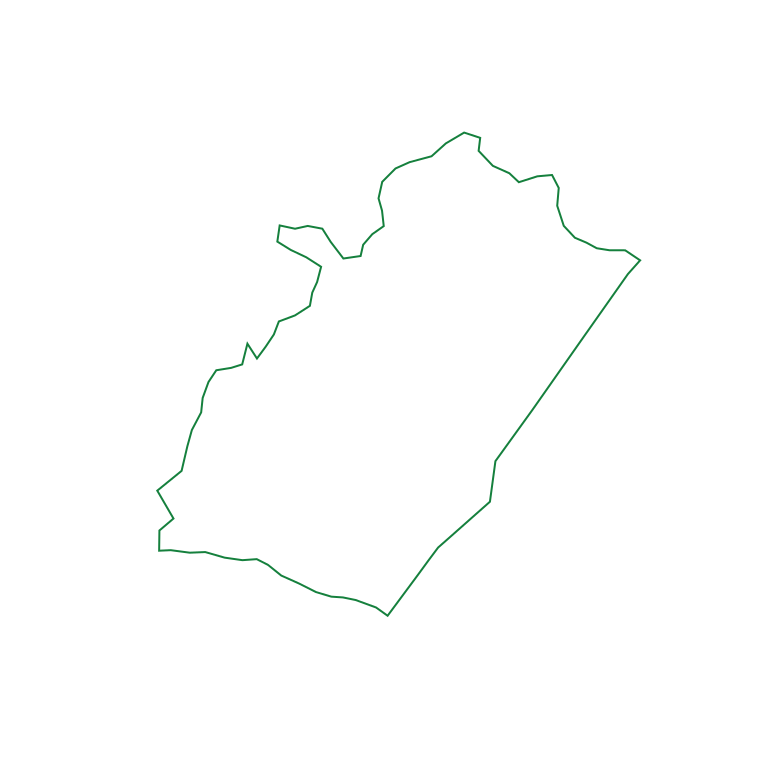 the district of Coité do Nóia, Alagoas, Brazil, rotated 54°
{"feature_id": "56859067B710656969786", "entity_name": "Coité do Nóia", "entity_type": "district", "adm_level": 2, "iso_a3": "BRA", "parent_name": "Brazil", "parent_adm1": "Alagoas", "projection": "orthographic", "projection_center": [-36.593, -9.632], "detail": "fine", "context": "isolated", "style": "outline", "palette": "green", "viewbox_px": 768, "rotation_deg": 54, "n_neighbors": 0, "source": "geoboundaries", "source_scale": "gbopen_adm2", "svg_char_len": 1185}
<svg xmlns="http://www.w3.org/2000/svg" viewBox="0 0 768 768"><g transform="rotate(54 384 384)"><path d="M386.7,663.9L393.1,654.2L406.3,640.3L414.9,627.4L430.8,615.0L443.3,602.1L450.9,589.9L462.1,584.2L478.6,579.7L495.5,570.0L512.4,561.3L525.1,551.6L532.5,542.7L542.0,534.0L560.1,521.8L573.6,517.3L558.4,468.9L552.8,451.5L548.1,436.3L546.9,423.4L541.5,367.5L511.9,339.2L492.3,279.5L463.4,195.3L438.4,122.0L434.5,104.1L417.6,110.3L408.3,123.0L399.2,132.1L388.7,137.1L377.9,143.6L361.7,145.6L341.6,139.1L328.1,127.4L313.7,125.2L306.1,137.9L300.0,156.3L287.2,158.7L271.5,167.7L251.0,170.4L241.4,161.5L227.7,171.4L225.7,192.5L227.7,211.7L219.6,232.8L216.4,248.0L219.4,266.6L230.6,279.3L242.6,283.7L256.1,291.4L255.9,305.4L259.1,319.0L266.7,327.7L258.6,343.1L237.7,343.6L222.1,342.6L211.3,352.8L206.1,364.7L194.4,375.2L206.1,386.6L220.8,380.6L235.8,372.4L252.2,366.0L262.2,378.2L267.9,388.3L277.2,398.0L276.2,415.7L271.6,432.3L279.2,444.0L284.3,457.9L288.7,471.8L271.1,470.8L284.8,487.2L281.1,498.2L274.3,511.6L279.2,524.8L288.7,538.9L299.5,548.6L308.3,566.5L318.8,579.7L335.3,598.8L337.0,630.1L369.1,633.4L370.5,651.8L386.7,663.9Z" fill="none" stroke="#15803d" stroke-width="2"/></g></svg>